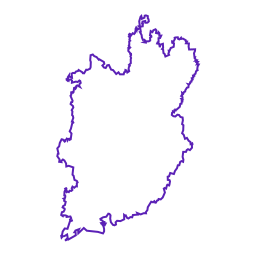 outline of Natore, Rajshahi, Bangladesh
{"feature_id": "16705992B43065208682222", "entity_name": "Natore", "entity_type": "district", "adm_level": 2, "iso_a3": "BGD", "parent_name": "Bangladesh", "parent_adm1": "Rajshahi", "projection": "equal_earth", "projection_center": [89.103, 24.393], "detail": "fine", "context": "isolated", "style": "outline", "palette": "violet", "viewbox_px": 256, "rotation_deg": 0, "n_neighbors": 0, "source": "geoboundaries", "source_scale": "gbopen_adm2", "svg_char_len": 5690}
<svg xmlns="http://www.w3.org/2000/svg" viewBox="0 0 256 256"><path d="M140.6,16.7L139.2,21.3L139.8,25.9L138.8,26.2L140.0,27.2L139.8,28.0L137.9,29.4L136.8,28.1L136.6,29.8L135.9,28.2L135.5,29.1L136.1,30.9L135.3,31.2L135.1,32.8L134.1,34.0L132.8,33.2L131.0,35.5L130.7,34.4L129.7,33.8L129.0,34.5L129.7,35.9L128.9,36.4L129.9,38.0L129.4,39.4L130.2,40.7L129.2,41.4L129.3,44.4L128.8,45.6L129.5,46.3L128.5,47.6L129.8,47.9L128.4,49.3L128.3,50.9L130.1,53.0L130.2,53.9L131.0,53.9L131.1,55.1L130.4,56.3L131.1,58.0L130.7,59.2L130.8,63.2L129.0,64.9L129.8,65.7L128.9,67.0L128.6,69.0L129.2,71.2L127.3,72.5L126.6,70.5L125.4,70.0L125.1,71.9L124.2,72.3L123.7,74.3L119.9,74.3L118.5,72.3L116.2,74.0L113.1,70.1L111.1,69.6L108.9,65.0L107.2,65.3L105.7,68.0L103.9,67.5L102.4,65.5L104.3,63.8L103.9,62.0L99.3,59.3L98.8,59.7L96.6,57.1L94.2,56.1L92.8,54.5L90.6,55.2L90.2,60.2L90.8,62.0L90.6,67.2L90.0,68.7L87.5,69.9L86.2,69.7L84.1,73.3L82.8,73.2L82.4,72.3L78.6,70.0L78.2,70.9L75.9,71.6L74.8,73.1L72.9,72.9L71.6,73.7L72.0,77.6L69.6,76.5L68.9,76.9L69.0,75.4L67.8,77.2L68.1,79.0L67.7,78.5L66.7,79.1L67.2,79.6L66.9,80.1L68.0,81.0L69.3,79.7L70.9,79.4L72.0,80.6L71.9,82.7L75.9,81.6L77.7,82.0L79.4,80.5L80.2,81.0L80.7,82.9L79.8,83.6L79.1,85.6L79.8,86.8L77.2,85.4L76.1,86.3L76.3,87.4L75.5,88.7L74.7,87.7L74.1,87.9L73.5,92.2L73.0,92.7L72.6,92.0L71.2,92.3L71.2,94.9L70.5,95.8L72.6,100.8L72.2,102.1L71.2,102.2L70.6,104.0L73.0,106.1L73.3,107.5L71.7,110.2L72.4,111.4L72.1,115.1L72.9,116.0L73.3,117.9L72.0,121.4L72.7,121.4L73.3,122.6L72.2,123.4L70.9,128.8L69.7,131.3L71.5,133.5L70.7,139.3L70.1,139.6L70.2,138.6L68.5,138.9L67.8,140.0L67.7,139.0L66.8,138.6L66.5,139.4L64.7,140.3L65.2,141.2L64.7,141.6L62.8,139.5L61.6,139.3L59.8,142.9L59.2,146.2L57.3,148.4L58.5,153.7L57.8,153.9L57.3,156.2L59.6,159.5L59.2,161.8L61.4,162.1L61.1,161.2L62.9,159.5L64.4,160.5L66.1,163.5L66.3,166.5L68.7,165.8L73.3,167.4L72.5,174.7L73.6,175.8L74.5,179.9L76.8,180.9L77.6,182.4L76.8,183.2L76.9,186.4L75.9,186.3L74.2,187.8L72.5,186.6L71.7,188.3L72.4,189.9L71.4,190.9L69.7,190.7L68.8,192.1L67.5,191.4L66.7,192.2L66.1,191.6L66.4,188.5L66.1,188.2L65.2,188.7L65.6,189.3L64.5,191.7L64.3,195.4L65.2,195.5L65.3,196.8L64.9,198.1L63.6,198.6L64.5,199.4L64.1,200.8L65.7,201.8L64.9,205.1L63.2,206.0L62.6,207.4L64.6,208.6L64.7,209.6L63.6,211.7L61.9,212.2L61.2,215.0L62.9,216.2L63.3,215.3L65.5,215.4L66.8,215.9L66.7,216.9L70.4,216.5L71.2,218.2L70.0,219.6L70.3,220.5L72.8,220.3L69.9,221.4L67.5,228.8L64.7,228.5L62.7,231.5L62.0,235.0L61.2,235.8L61.6,237.6L62.7,236.3L64.4,236.1L67.1,234.5L67.7,237.8L65.1,240.6L67.7,239.3L68.2,239.6L75.8,235.3L75.5,231.9L74.6,232.0L75.5,230.5L79.0,229.2L78.2,230.8L78.3,233.3L83.8,228.0L86.8,230.7L98.0,231.9L103.0,233.4L104.1,231.4L104.1,228.9L103.5,226.3L102.0,224.1L104.7,225.2L105.6,223.5L100.3,223.3L105.3,222.1L103.3,221.9L102.5,220.7L100.7,219.8L100.4,218.9L103.1,217.3L106.3,216.7L108.3,213.7L109.4,213.9L110.5,215.3L110.2,218.7L110.9,222.2L113.0,224.9L114.5,225.3L116.0,224.5L115.6,222.3L117.1,220.8L120.4,221.1L124.2,219.3L124.1,214.9L125.3,215.9L125.8,215.5L127.1,217.9L128.4,218.5L130.4,217.1L132.2,217.3L132.9,215.0L137.9,214.6L137.2,213.0L140.7,214.4L143.7,213.2L146.0,213.3L145.8,212.2L147.4,210.1L147.8,207.2L151.2,201.7L153.0,202.3L154.3,201.2L155.2,202.7L155.8,202.7L157.1,200.5L158.2,200.2L158.6,199.0L160.7,199.4L162.7,197.5L164.9,192.5L163.8,188.6L164.7,188.0L166.1,188.6L167.0,185.2L167.4,184.7L169.1,185.5L169.4,184.8L170.0,181.3L169.5,180.1L167.8,179.9L167.7,176.7L169.1,176.3L170.2,173.0L173.9,174.0L175.0,170.9L177.0,168.2L177.8,165.3L179.3,165.2L180.2,161.9L181.5,161.1L183.1,161.8L183.4,159.6L182.6,156.9L183.2,151.9L186.0,151.9L186.7,150.1L188.0,149.2L189.9,150.1L192.0,147.7L191.9,145.4L192.5,144.2L192.2,143.3L190.6,144.1L190.4,142.0L188.6,140.7L186.9,137.9L185.0,138.8L183.7,134.8L182.1,133.2L183.2,130.4L183.4,125.2L182.1,124.1L182.9,120.3L182.6,117.5L180.5,117.0L179.0,115.0L177.4,114.7L175.3,116.5L173.4,116.2L171.8,114.9L172.1,112.8L172.9,112.5L172.9,111.5L174.1,112.2L174.3,110.4L175.4,110.5L175.3,109.6L176.5,109.7L179.8,106.8L180.3,103.9L181.5,103.7L181.7,101.9L182.3,101.6L181.9,100.8L182.4,100.2L180.9,99.9L182.1,99.6L181.4,98.8L182.5,98.6L182.6,98.0L182.2,96.1L181.3,95.9L182.3,94.2L182.1,92.8L183.3,93.7L183.9,92.1L185.2,91.5L185.3,90.3L186.9,87.7L188.4,87.3L188.7,84.8L188.2,84.2L189.1,84.4L190.2,83.2L190.1,82.3L191.5,81.6L191.4,80.5L192.6,79.6L191.8,78.2L193.3,77.6L193.0,75.7L194.3,75.8L194.3,74.5L195.5,73.7L196.0,71.3L197.6,70.1L197.2,69.6L197.6,66.5L198.7,64.5L197.6,64.4L197.6,63.7L196.9,64.0L197.4,62.7L197.0,62.5L197.6,61.9L196.3,61.8L196.9,60.4L195.5,60.6L196.1,59.9L194.7,58.3L195.1,57.2L194.5,57.2L194.0,53.2L195.0,50.9L195.1,49.3L189.1,49.5L188.6,46.6L188.9,43.5L186.0,43.3L187.0,41.5L185.8,41.3L185.7,40.2L182.9,38.6L181.3,38.9L181.0,37.8L179.4,39.4L178.2,39.0L177.8,37.3L175.2,37.5L174.6,37.8L174.9,39.0L173.5,41.5L172.1,41.3L172.2,42.8L174.0,43.4L173.7,46.8L170.7,48.0L169.6,50.6L168.7,50.6L169.0,52.1L168.4,53.4L169.1,54.9L165.4,56.5L164.6,53.9L163.5,53.1L163.1,49.4L162.1,49.0L163.1,47.7L162.9,43.8L160.5,44.6L159.8,47.2L159.2,43.9L157.1,43.5L157.6,42.3L158.6,41.9L158.5,38.2L160.1,38.0L161.2,35.6L159.3,35.7L159.4,33.2L158.5,32.2L158.0,33.5L156.0,33.0L156.4,30.4L155.5,29.3L153.4,30.2L152.4,32.1L150.7,31.1L150.0,35.3L151.2,35.8L151.4,36.8L150.1,37.6L150.2,40.5L148.9,41.3L146.0,41.4L145.9,42.6L143.7,42.2L145.0,41.6L144.7,40.7L145.1,40.5L144.2,39.7L142.9,39.9L141.9,37.4L141.6,35.0L139.9,32.0L140.8,31.7L140.1,27.4L141.1,26.5L142.7,26.3L142.9,23.6L142.1,23.5L142.5,21.6L145.2,21.0L145.2,22.6L145.9,22.8L147.5,22.6L148.8,21.4L148.5,19.2L147.8,18.3L147.8,16.1L145.9,15.4L144.7,15.7L144.4,17.7L141.9,18.8L141.3,16.0L140.6,16.7Z" fill="none" stroke="#5b21b6" stroke-width="2"/></svg>